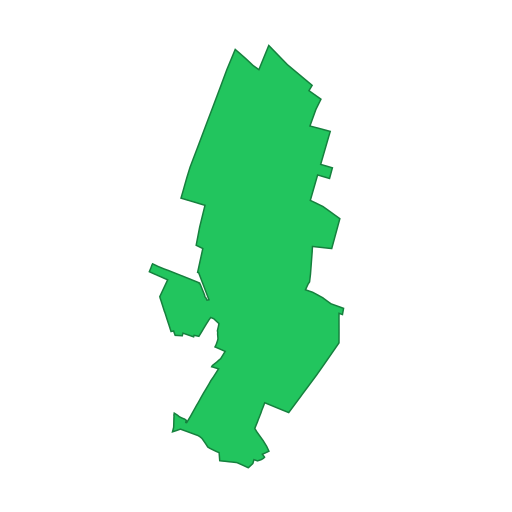 the district of Tetiz, Yucatán, Mexico, rotated 103°
{"feature_id": "50627088B31181916661146", "entity_name": "Tetiz", "entity_type": "district", "adm_level": 2, "iso_a3": "MEX", "parent_name": "Mexico", "parent_adm1": "Yucatán", "projection": "natural_earth1", "projection_center": [-89.981, 20.956], "detail": "fine", "context": "isolated", "style": "filled", "palette": "green", "viewbox_px": 512, "rotation_deg": 103, "n_neighbors": 0, "source": "geoboundaries", "source_scale": "gbopen_adm2", "svg_char_len": 3135}
<svg xmlns="http://www.w3.org/2000/svg" viewBox="0 0 512 512"><g transform="rotate(103 256 256)"><path d="M444.0,272.1L444.7,270.0L445.7,268.0L446.0,267.5L449.5,263.6L453.0,260.0L453.8,257.6L454.5,254.6L455.4,250.7L455.9,247.7L463.6,245.3L463.6,245.0L463.3,242.3L462.9,239.4L462.6,236.4L462.2,233.5L461.9,230.9L461.6,228.1L462.2,224.9L462.8,221.8L463.5,218.5L464.0,216.2L464.0,215.8L458.9,212.4L454.9,212.2L455.3,208.5L453.7,205.8L453.0,204.8L452.9,204.7L452.2,204.0L451.4,203.2L450.1,202.4L450.0,202.5L447.7,205.2L446.5,203.6L445.7,202.5L445.1,201.8L444.9,201.6L444.4,200.8L443.9,200.3L443.3,199.5L439.2,202.7L434.4,207.4L427.1,215.7L424.3,218.4L424.2,218.4L417.5,217.3L414.2,216.9L411.9,216.5L411.0,216.4L407.8,215.9L404.6,215.6L401.6,215.1L398.5,214.7L397.0,214.5L400.1,195.9L401.2,188.9L398.7,187.8L382.0,180.5L380.7,180.0L377.8,178.7L373.7,176.9L373.3,176.7L369.4,175.0L358.4,170.2L345.6,165.0L322.0,155.6L312.3,157.8L296.9,161.4L293.2,162.2L293.6,158.6L287.3,158.9L285.7,172.3L282.2,180.4L281.7,181.4L278.6,192.6L278.2,196.4L277.8,200.2L271.5,198.9L269.2,198.0L261.7,198.8L238.7,202.3L237.8,202.5L234.0,203.1L232.1,187.1L231.7,183.9L200.8,182.7L193.8,199.3L192.7,202.0L189.6,215.6L163.2,214.2L163.9,201.8L152.9,201.4L152.2,213.6L126.7,212.2L117.9,211.7L117.2,232.7L99.6,230.6L88.6,228.0L83.0,241.6L77.1,239.7L62.5,268.5L48.0,290.9L73.8,295.1L71.0,301.8L65.8,310.7L59.4,322.7L80.8,326.3L98.5,328.6L121.7,331.7L122.4,331.8L134.0,333.4L163.1,337.3L174.7,338.9L175.4,339.0L176.2,339.1L184.2,340.2L194.9,341.0L202.9,341.4L209.4,341.7L216.5,342.1L218.1,317.1L240.3,317.4L259.0,316.7L260.7,309.5L285.1,309.2L285.2,308.1L309.2,292.0L310.1,293.8L308.0,295.5L307.0,296.9L305.8,297.2L295.8,304.2L295.6,305.0L295.0,305.0L294.5,307.8L289.8,338.2L289.3,342.5L288.1,349.8L287.9,350.3L286.9,355.0L288.5,355.4L290.3,355.6L290.5,355.6L295.3,356.4L296.0,353.0L299.1,336.7L317.2,340.6L318.6,339.9L320.7,338.6L330.7,332.7L331.0,332.4L333.3,331.0L337.9,328.3L338.5,327.9L340.2,326.9L342.3,325.6L348.7,321.8L347.6,319.4L350.0,317.9L351.5,316.9L351.2,315.2L350.3,309.9L347.6,309.8L348.8,298.6L347.2,298.5L347.1,293.6L344.2,292.6L341.5,291.7L339.2,291.0L333.4,289.1L330.6,288.1L329.3,287.7L326.1,286.3L326.6,283.1L330.2,276.9L333.2,276.8L336.5,276.8L337.6,276.8L338.8,276.2L340.9,275.8L344.9,274.5L346.2,274.4L347.7,274.5L348.6,274.6L350.6,274.8L351.4,274.9L351.7,275.0L352.6,275.2L353.8,275.5L354.1,273.8L355.9,264.6L364.2,267.4L364.7,267.9L365.6,268.6L366.7,269.4L367.3,269.7L369.6,271.5L370.2,272.0L370.4,272.2L371.0,272.6L371.6,273.1L371.8,273.3L372.2,273.6L372.5,273.8L373.0,274.0L373.4,274.2L373.9,274.3L373.9,273.2L374.4,267.1L383.5,270.3L387.4,271.9L388.8,272.3L391.6,273.1L398.1,275.2L401.4,276.3L406.8,277.9L409.4,278.6L410.7,279.0L413.1,279.7L414.2,280.1L415.9,280.6L417.7,281.1L423.9,282.9L427.1,283.8L429.5,284.6L434.0,286.1L434.0,287.0L431.8,287.0L430.9,289.0L430.9,289.6L430.6,291.2L430.4,292.3L429.8,294.7L429.5,295.3L428.8,296.6L427.5,300.3L429.6,300.2L430.1,299.9L431.9,299.6L438.3,298.3L441.4,297.7L446.1,297.8L444.0,294.3L441.7,290.7L442.6,283.2L443.6,275.4L444.0,272.1Z" fill="#22c55e" stroke="#15803d" stroke-width="1.5"/></g></svg>